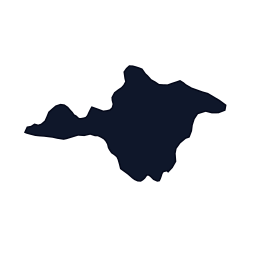 outline of Beylagan District, Beyləqan, Azerbaijan, rotated 254°
{"feature_id": "54616110B20470092766685", "entity_name": "Beylagan District", "entity_type": "district", "adm_level": 2, "iso_a3": "AZE", "parent_name": "Azerbaijan", "parent_adm1": "Beyləqan", "projection": "equal_earth", "projection_center": [47.705, 39.846], "detail": "fine", "context": "isolated", "style": "filled", "palette": "ink", "viewbox_px": 256, "rotation_deg": 254, "n_neighbors": 0, "source": "geoboundaries", "source_scale": "gbopen_adm2", "svg_char_len": 1717}
<svg xmlns="http://www.w3.org/2000/svg" viewBox="0 0 256 256"><g transform="rotate(254 128 128)"><path d="M152.3,27.8L151.3,29.0L149.1,32.6L146.6,36.9L145.1,40.6L143.4,45.3L141.9,48.8L140.1,53.1L138.0,56.9L136.5,60.1L135.1,63.1L134.9,65.9L135.1,78.1L133.0,83.9L132.7,90.0L129.9,94.2L129.0,97.1L126.5,99.9L124.1,102.1L121.5,103.3L118.2,104.1L114.5,103.9L112.2,104.4L108.8,105.5L106.3,107.6L103.5,109.5L100.5,110.0L95.4,110.0L91.0,109.8L88.7,111.6L85.8,113.9L83.7,115.5L80.3,117.7L79.0,118.5L76.7,120.3L74.6,122.8L73.6,125.6L74.2,127.8L75.3,130.1L77.7,133.1L77.0,135.2L75.0,136.6L71.6,138.5L69.0,141.6L68.8,143.5L70.5,145.0L72.6,146.5L74.9,148.0L76.5,149.9L76.2,153.8L74.9,154.5L77.9,159.5L82.8,164.5L90.6,166.1L95.2,168.4L99.4,173.7L102.4,180.4L102.6,184.2L107.8,188.1L113.2,190.4L118.6,194.0L122.7,198.8L122.9,207.3L119.6,212.9L117.9,219.1L118.5,226.0L120.5,227.0L123.0,228.2L129.1,223.5L139.1,214.1L142.0,209.4L145.3,204.8L148.8,199.9L153.7,195.2L156.0,193.7L159.0,191.0L158.8,187.9L158.6,182.2L158.3,178.0L159.7,173.5L161.1,169.6L164.6,166.7L168.0,163.3L172.8,161.0L175.2,159.5L180.7,157.6L182.6,155.1L184.4,152.4L186.1,149.6L187.2,146.4L185.5,143.0L182.9,139.8L176.4,138.9L173.2,138.8L170.2,135.9L168.4,133.0L167.2,129.2L165.5,124.9L161.7,121.2L158.9,120.6L155.0,120.5L151.7,118.5L150.2,115.6L150.3,112.5L150.9,108.7L151.9,107.4L154.2,104.3L155.9,101.9L158.0,99.0L156.3,97.3L153.5,94.7L151.0,92.6L149.6,90.4L149.6,88.2L149.9,85.1L150.6,83.2L153.8,81.3L155.5,79.5L158.3,78.6L161.0,77.2L164.5,75.6L167.6,73.0L169.1,69.6L168.9,64.7L166.9,60.3L165.0,56.4L160.8,53.1L157.5,50.3L155.4,45.7L155.3,42.4L157.3,39.2L156.1,35.3L156.5,31.4L152.9,28.3L152.3,27.8Z" fill="#0f172a" stroke="#020617" stroke-width="1.5"/></g></svg>